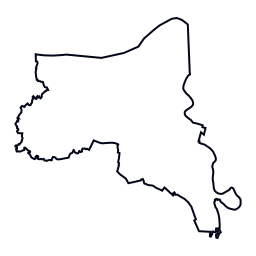 Phuc Tho, Ha Noi, Vietnam
{"feature_id": "81297802B65234108276491", "entity_name": "Phuc Tho", "entity_type": "district", "adm_level": 2, "iso_a3": "VNM", "parent_name": "Vietnam", "parent_adm1": "Ha Noi", "projection": "robinson", "projection_center": [105.577, 21.11], "detail": "fine", "context": "isolated", "style": "outline", "palette": "ink", "viewbox_px": 256, "rotation_deg": 0, "n_neighbors": 0, "source": "geoboundaries", "source_scale": "gbopen_adm2", "svg_char_len": 5773}
<svg xmlns="http://www.w3.org/2000/svg" viewBox="0 0 256 256"><path d="M187.8,24.4L181.6,19.7L176.6,18.0L171.7,18.8L159.6,25.4L154.2,29.6L144.0,38.5L138.4,46.6L123.8,53.0L101.4,57.9L66.5,54.6L61.1,55.1L52.5,55.6L43.7,55.3L37.0,54.5L35.7,54.3L35.9,61.3L37.3,61.7L37.5,63.4L35.9,68.1L36.4,68.4L35.7,71.7L35.7,72.7L36.1,76.4L36.8,79.8L37.5,79.7L37.7,80.4L38.1,80.5L38.2,81.1L40.0,81.1L41.2,81.9L42.8,81.9L44.2,86.2L44.8,87.0L45.5,87.3L46.7,87.4L47.0,87.6L47.4,88.5L48.1,90.0L46.5,90.2L46.3,90.9L45.0,91.4L42.1,94.1L41.9,94.6L41.7,95.4L41.8,96.3L41.7,97.0L41.4,97.5L40.4,98.3L39.2,96.5L38.6,97.3L37.5,96.1L36.2,97.6L36.8,98.4L36.3,98.9L35.9,99.0L33.3,96.2L32.6,97.1L33.3,98.8L32.6,99.2L32.4,99.6L32.2,100.0L32.0,102.5L30.7,104.2L30.6,105.0L29.6,105.3L29.1,105.2L28.5,104.7L27.6,103.5L26.1,104.7L24.9,106.0L24.6,106.9L24.0,106.9L23.9,106.6L22.1,105.9L21.7,106.2L20.6,107.7L21.2,108.6L21.4,109.2L21.5,110.5L21.4,112.1L21.3,112.5L19.9,114.0L18.8,115.7L18.4,116.6L18.3,117.2L18.3,117.7L18.5,118.0L17.6,117.7L17.4,118.3L18.2,120.0L18.2,121.3L17.1,121.2L17.2,121.8L16.1,122.7L15.4,123.8L16.3,125.7L17.2,126.4L16.9,127.7L17.0,128.1L17.2,128.4L18.0,128.6L18.2,128.9L18.3,129.5L18.3,130.1L17.5,130.5L17.0,131.3L18.0,133.1L22.3,133.3L21.9,136.1L21.9,136.5L22.5,137.9L22.5,138.5L22.1,139.5L22.1,140.2L22.0,140.5L21.7,140.9L21.6,141.6L19.5,144.3L19.1,144.0L18.6,144.1L18.0,145.1L17.5,145.4L16.8,145.3L16.1,145.4L15.4,145.8L15.6,146.7L16.4,146.6L16.8,146.8L17.0,147.6L17.1,148.2L17.0,148.6L16.0,149.1L16.2,149.9L16.5,150.1L16.6,150.3L16.6,151.2L16.8,151.5L17.1,151.6L18.0,151.3L18.6,151.3L19.2,151.6L19.7,151.6L21.6,151.1L22.3,150.6L23.3,150.2L24.2,150.0L24.4,149.7L24.3,148.9L24.2,147.8L24.4,147.6L24.8,147.6L25.5,148.0L26.4,148.8L27.3,149.8L28.1,150.4L28.5,150.7L30.0,151.3L30.1,151.6L30.0,152.2L29.5,152.4L28.4,152.5L28.2,152.8L28.3,153.1L30.1,154.7L30.4,155.1L30.7,156.3L31.0,156.7L31.6,157.5L34.0,158.9L34.4,159.1L34.7,159.0L35.6,158.5L35.9,158.2L35.6,157.7L35.5,157.1L35.8,156.5L36.1,156.1L37.3,156.4L37.3,155.9L37.8,156.0L38.2,156.4L38.2,157.0L37.8,158.1L37.8,158.3L37.8,158.7L38.5,159.1L39.7,159.2L40.8,158.9L41.2,158.9L42.0,159.4L42.8,159.0L43.7,158.9L44.1,159.3L44.4,160.4L44.6,160.5L46.3,160.6L46.6,160.9L46.9,160.9L47.2,160.6L49.2,160.0L50.3,160.0L51.3,160.4L51.7,160.3L51.8,160.1L51.8,159.3L52.0,158.8L52.9,157.0L54.2,157.1L55.4,157.6L56.4,158.9L57.3,159.3L58.5,159.4L61.5,159.0L65.9,158.1L68.6,157.7L69.6,155.0L70.4,153.5L71.6,153.2L72.1,152.9L72.5,152.4L73.4,150.3L73.6,150.0L74.1,150.4L74.3,151.7L74.6,152.0L74.8,152.3L77.3,153.5L78.2,153.2L78.4,153.0L79.0,151.4L79.2,151.1L79.3,151.0L79.5,151.1L80.4,152.0L80.8,152.0L82.0,151.5L81.9,150.5L81.9,149.9L82.0,149.6L82.7,148.5L83.6,148.7L85.0,148.5L85.4,149.1L85.6,149.2L87.2,148.8L89.0,149.9L90.7,146.7L93.7,140.4L95.8,141.3L100.4,143.0L102.5,143.3L107.8,142.9L112.4,142.7L115.1,143.2L116.9,143.8L118.0,144.3L117.8,144.8L118.1,144.9L117.6,146.0L117.6,147.0L117.6,147.9L118.1,149.5L118.2,150.2L118.1,150.5L117.9,152.5L119.5,153.1L119.1,156.9L118.8,159.1L118.1,162.2L119.1,163.1L118.6,165.1L118.9,165.4L117.2,171.4L118.7,173.0L120.0,174.3L121.3,175.3L125.8,178.5L128.1,182.6L128.4,183.2L134.0,182.0L141.1,180.3L141.2,179.5L142.8,179.0L143.5,180.4L144.2,183.3L144.4,183.6L145.8,183.9L147.1,184.6L149.1,185.2L152.1,185.5L153.2,185.8L153.9,186.2L154.9,187.1L156.4,188.0L159.0,189.1L161.2,190.1L162.1,190.7L164.5,187.5L173.2,195.5L173.9,194.7L172.7,193.7L174.4,192.4L175.8,194.8L177.7,194.7L178.6,195.5L184.8,199.1L185.9,200.2L187.8,201.8L188.7,202.9L190.8,206.0L191.3,206.5L192.2,209.1L193.2,211.9L194.9,216.7L195.9,219.3L194.3,220.5L199.0,231.2L210.2,231.8L209.9,236.2L210.5,236.7L211.0,236.5L211.4,235.5L212.2,234.1L212.3,231.7L213.5,231.5L213.9,232.1L215.1,232.2L215.3,232.1L215.8,231.8L215.9,231.6L216.0,231.5L215.9,229.9L216.1,228.5L218.0,228.4L218.2,229.5L218.1,230.6L217.9,231.7L217.5,233.8L216.1,234.4L216.0,235.4L216.3,237.6L217.5,238.0L217.8,237.2L218.2,235.9L219.3,233.6L220.0,232.9L220.8,232.2L220.3,231.3L219.9,230.8L219.6,230.1L219.5,229.2L219.7,227.8L219.6,226.0L219.7,225.0L219.4,220.3L219.3,218.7L219.1,217.0L218.3,213.6L217.2,210.2L216.6,208.7L215.5,207.2L214.4,203.4L214.3,202.0L214.6,201.5L215.2,200.8L215.2,200.5L214.9,199.9L214.9,199.7L215.4,199.3L216.1,198.9L216.6,198.9L217.0,199.0L217.3,199.3L217.5,200.0L217.8,199.9L218.0,199.5L218.3,199.4L218.7,199.6L219.3,199.5L219.6,199.5L220.1,200.1L220.4,201.4L221.2,202.3L222.0,202.9L222.9,203.4L223.7,204.0L224.9,205.5L227.3,207.5L228.1,207.9L229.7,208.6L233.9,209.6L234.6,209.7L235.6,209.5L237.8,208.3L238.6,207.6L239.8,206.2L240.5,204.7L240.6,203.8L240.6,201.0L240.6,200.0L240.4,199.5L240.2,198.9L239.1,197.4L238.6,196.9L237.2,195.7L236.8,195.3L236.1,194.3L235.4,193.0L233.4,188.8L233.1,188.3L232.3,187.8L231.5,187.6L231.1,187.7L230.4,188.2L229.5,189.6L228.9,190.2L227.4,190.9L223.2,193.4L222.2,193.8L220.9,193.9L219.4,193.7L218.0,193.3L217.0,192.7L215.6,191.7L214.9,190.9L214.1,189.2L213.8,188.0L213.6,185.6L213.1,181.8L212.8,179.7L212.7,178.0L213.2,173.8L213.3,171.5L213.1,169.9L212.3,167.1L212.3,166.7L212.4,165.9L212.9,163.8L213.4,162.8L214.6,161.7L215.6,160.5L215.9,159.0L215.6,157.3L214.5,154.5L213.2,151.8L212.3,150.7L210.1,148.3L204.7,144.7L203.6,144.3L200.9,143.5L199.4,142.9L199.6,141.5L198.5,141.4L201.0,132.3L203.9,134.7L205.5,128.0L202.4,127.2L202.6,126.4L202.7,125.3L198.0,123.8L193.3,122.7L192.9,122.6L190.6,119.7L189.3,118.9L188.1,118.0L185.9,116.1L185.0,114.8L184.8,114.1L184.7,112.7L184.8,111.9L185.7,110.7L186.4,110.1L190.4,107.5L191.7,106.4L192.5,105.5L193.0,104.6L193.2,103.5L193.0,102.3L192.3,100.2L190.7,97.9L188.9,95.8L186.4,93.6L184.6,91.2L183.6,89.7L183.3,88.9L183.3,87.7L183.5,85.6L184.7,82.3L185.5,80.4L186.3,78.6L188.0,75.9L188.6,75.2L189.1,74.8L190.0,74.5L189.7,71.7L187.8,24.4Z" fill="none" stroke="#020617" stroke-width="2"/></svg>